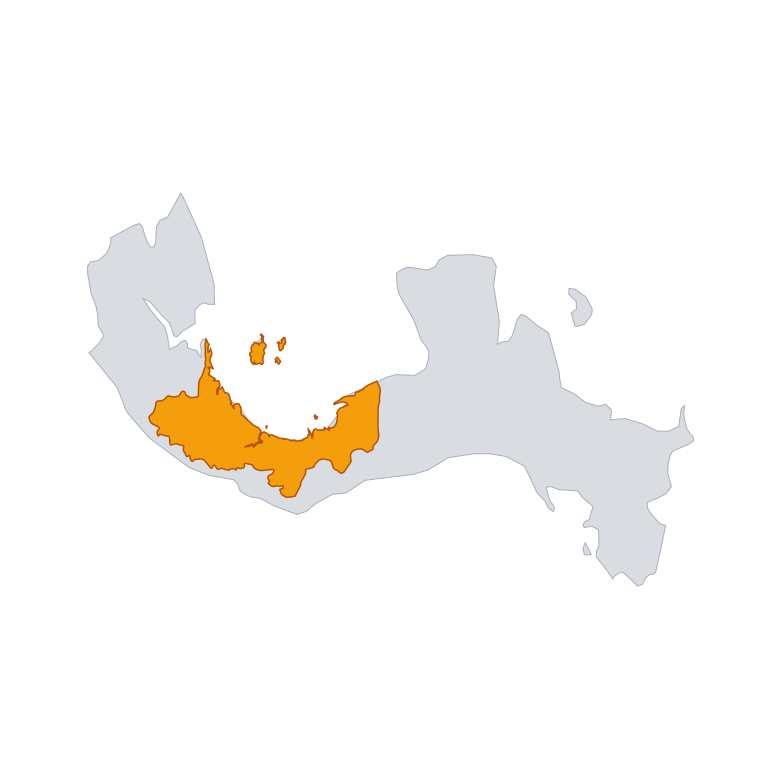 where Panama sits in Panama, rotated 192°
{"feature_id": "PAN-1340", "entity_name": "Panama", "entity_type": "Province", "adm_level": 1, "iso_a3": "PAN", "parent_name": "Panama", "parent_adm1": "", "projection": "robinson", "projection_center": [-79.066, 8.844], "detail": "fine", "context": "in_parent", "style": "filled", "palette": "amber", "viewbox_px": 768, "rotation_deg": 192, "n_neighbors": 0, "source": "natural_earth", "source_scale": "10m", "svg_char_len": 9167}
<svg xmlns="http://www.w3.org/2000/svg" viewBox="0 0 768 768"><g transform="rotate(192 384 384)"><path d="M679.2,353.4L677.2,355.1L671.2,364.8L668.0,373.0L675.7,381.8L678.0,391.0L682.3,401.1L689.1,411.2L696.7,430.0L698.5,437.5L696.4,442.4L689.1,445.4L682.4,454.1L680.5,464.9L681.8,470.2L661.6,487.3L656.4,490.1L653.0,487.5L648.6,478.9L643.5,471.9L640.7,469.5L639.1,469.4L637.5,471.0L636.7,474.8L639.4,490.8L637.2,497.4L630.3,502.4L622.5,528.5L619.4,525.2L593.4,490.0L571.0,446.4L566.3,426.6L572.1,425.5L577.7,425.9L580.8,422.9L584.3,417.1L581.4,403.8L592.3,393.6L596.4,386.8L599.5,387.6L606.6,399.2L617.0,405.9L629.7,415.6L637.6,417.8L627.6,407.6L610.4,394.2L605.6,385.5L601.0,373.2L594.3,378.5L591.2,383.0L587.7,385.5L584.6,382.5L584.1,378.5L574.0,377.7L571.4,374.2L568.7,372.2L569.9,379.8L571.9,384.5L570.8,390.2L567.5,390.6L564.7,384.7L561.1,379.4L556.3,357.1L544.8,346.7L539.5,343.2L535.1,341.9L528.7,334.7L520.2,330.9L508.7,319.8L494.6,311.9L477.3,309.1L456.3,310.8L449.2,315.2L444.4,320.8L442.2,323.4L429.8,329.8L425.0,339.1L422.1,346.9L415.9,355.8L423.0,361.1L382.5,391.3L374.4,395.6L356.2,398.7L352.1,402.0L346.5,407.9L345.8,417.0L346.6,424.7L351.9,430.6L356.6,434.4L367.8,452.3L387.9,474.9L391.7,483.1L394.8,495.4L388.7,501.1L384.0,503.5L365.0,504.5L358.4,509.4L355.7,516.9L348.6,523.0L324.0,529.0L304.7,529.7L298.7,522.7L297.3,503.0L284.3,469.5L281.2,446.4L278.0,449.3L271.1,452.0L268.7,457.7L267.0,474.7L264.4,480.6L259.1,480.0L248.2,473.9L233.7,468.3L215.2,432.2L213.2,425.4L209.6,417.3L195.3,413.8L183.2,407.8L169.8,406.8L163.0,410.2L156.1,405.9L154.9,396.0L140.9,400.4L123.0,398.9L107.0,394.7L96.0,396.9L86.9,403.9L88.1,421.9L85.4,425.5L85.0,418.1L81.8,409.7L78.0,402.6L69.9,395.4L69.5,392.7L72.7,389.0L87.4,378.5L89.2,374.1L89.5,365.0L88.1,356.3L81.5,343.4L85.3,335.4L92.9,329.0L100.6,324.0L101.9,321.9L100.5,317.5L96.0,312.8L85.4,304.7L79.1,304.2L78.9,281.1L79.2,256.5L80.8,254.1L84.7,252.6L87.8,248.9L89.6,241.6L94.2,239.1L102.6,244.7L111.1,249.6L114.7,248.0L117.3,245.6L119.2,243.2L119.8,240.9L126.6,247.5L140.6,259.1L141.4,264.8L140.0,270.3L143.9,285.9L151.1,288.2L158.4,285.2L160.2,288.1L158.8,291.0L155.1,294.2L154.1,307.7L166.1,314.0L172.0,319.6L191.8,317.0L199.1,318.4L204.1,316.8L198.6,306.0L191.2,298.0L191.8,294.4L197.5,297.0L201.7,302.5L211.5,309.3L229.4,332.8L250.0,338.5L266.3,337.7L281.4,334.5L305.6,325.4L323.1,308.9L337.1,301.5L382.4,285.9L398.5,269.5L405.2,267.3L411.7,265.3L425.9,252.8L433.6,243.2L441.7,238.3L465.6,241.8L481.1,246.4L491.8,245.8L502.1,249.0L506.6,256.1L511.2,259.1L536.5,258.3L557.3,261.8L602.8,282.6L629.9,303.2L644.3,325.1L679.2,353.4ZM222.9,515.9L217.0,516.5L204.9,511.3L196.1,501.1L195.4,497.8L195.6,494.4L200.4,484.1L206.9,480.5L209.4,480.5L215.6,492.5L211.4,497.1L213.1,504.6L221.8,510.1L222.9,515.9ZM514.8,400.5L512.7,405.7L507.7,394.1L508.5,391.2L508.1,380.7L512.9,378.0L516.5,377.7L519.4,379.2L521.2,391.5L519.7,397.1L514.8,400.5ZM155.3,264.9L154.2,270.6L145.8,260.3L150.8,258.7L152.6,258.9L155.3,264.9ZM496.8,403.0L492.0,408.4L490.1,403.3L493.5,397.9L494.7,397.9L496.8,403.0Z" fill="#d9dde1" stroke="#a8b0b8" stroke-width="1"/><path d="M567.5,390.9L566.9,390.5L564.4,387.0L563.2,386.2L563.8,384.7L563.7,382.5L563.2,380.3L562.5,378.7L561.2,380.2L560.9,382.1L560.4,380.9L559.3,379.2L558.8,377.8L558.7,376.1L559.5,372.0L558.8,369.8L554.4,363.5L556.0,363.6L558.2,364.2L559.5,363.5L557.8,362.0L557.2,360.7L557.3,356.4L550.6,354.3L551.4,351.9L550.7,351.8L549.9,352.7L549.0,352.0L546.6,352.7L545.7,352.0L545.0,350.6L544.0,347.6L545.5,346.2L546.1,344.0L546.0,341.5L545.5,339.2L544.7,339.2L544.5,341.2L544.9,343.7L544.9,345.5L543.3,345.1L541.5,347.4L538.1,342.5L535.2,342.5L533.1,341.1L530.9,335.9L529.2,334.2L529.2,333.3L530.0,333.3L530.0,332.5L528.4,332.0L525.5,328.3L526.3,330.4L526.5,332.0L525.8,333.2L524.1,334.2L522.4,334.5L521.3,334.0L519.2,331.2L518.5,329.3L517.5,324.9L503.3,316.5L497.7,315.1L494.9,312.9L494.5,312.3L494.3,311.1L495.1,309.7L495.3,308.5L495.2,303.9L494.3,302.5L492.3,302.3L492.3,301.4L494.6,301.2L496.3,300.1L497.6,298.4L498.2,296.4L498.9,296.4L499.8,298.0L500.9,298.0L502.6,296.4L505.8,294.9L506.3,293.8L505.6,294.2L503.3,294.6L500.8,297.3L499.9,296.9L499.3,295.5L498.2,295.5L497.6,296.2L496.2,298.4L494.4,300.3L491.6,300.8L491.0,301.4L490.9,302.3L491.5,303.1L492.9,303.6L494.2,304.7L494.5,307.3L494.0,308.8L492.9,310.8L491.4,312.3L486.4,310.7L485.7,309.1L485.2,308.8L484.9,310.3L483.1,310.9L474.4,309.2L470.9,309.8L470.9,309.0L468.3,309.9L462.2,309.3L459.7,310.7L458.8,309.8L457.8,309.9L451.9,311.8L451.6,312.9L450.9,313.6L447.9,315.7L447.6,318.6L446.4,319.0L448.3,322.6L448.7,324.1L447.3,322.9L445.5,321.0L444.1,318.7L443.5,316.5L442.8,316.5L443.5,318.3L443.5,319.0L442.8,319.0L443.6,322.1L443.1,324.7L441.5,326.0L439.1,325.0L434.1,326.0L432.6,326.9L433.2,328.3L433.2,329.1L430.5,327.8L429.4,328.3L429.0,327.7L428.0,327.5L428.0,328.3L428.7,330.0L426.9,329.6L425.1,330.7L423.7,332.4L422.8,334.2L422.3,336.5L422.8,343.8L423.0,344.5L424.3,345.5L422.9,349.6L421.3,351.8L419.9,352.5L418.6,352.8L418.6,353.8L418.4,354.3L416.5,354.9L414.8,355.9L416.1,357.4L419.8,358.3L423.3,356.8L427.8,354.2L428.2,353.6L428.7,353.6L428.7,354.6L428.3,355.5L424.7,358.7L420.4,363.1L414.8,365.3L410.7,366.4L409.9,367.6L410.1,368.9L409.9,369.9L409.5,370.3L407.3,371.1L404.9,373.4L403.9,373.7L403.4,374.2L402.3,376.5L399.2,379.7L391.6,385.3L387.2,379.5L386.1,376.4L385.7,369.6L384.7,366.6L384.9,361.6L384.5,357.4L383.9,355.3L381.2,341.6L378.4,332.3L378.3,329.4L378.6,327.2L379.3,325.2L381.7,321.1L381.2,317.8L386.1,313.6L390.7,315.5L393.7,315.7L397.6,314.3L400.8,311.9L402.0,308.7L401.9,306.8L400.1,301.3L404.6,290.1L406.2,288.2L408.0,287.8L411.4,289.6L414.4,290.3L415.6,291.0L416.7,292.2L418.8,296.1L420.0,297.6L422.3,298.2L427.9,298.1L429.7,297.4L431.7,295.9L434.7,291.7L435.4,288.3L436.8,287.2L438.7,286.2L442.0,284.8L442.6,284.1L442.7,283.3L442.2,281.1L442.4,279.3L443.0,276.7L444.9,270.7L444.9,269.4L444.6,268.9L444.5,268.0L444.8,266.7L447.6,255.9L451.6,254.1L456.4,252.9L460.8,254.5L461.7,255.3L464.0,259.1L463.8,259.5L461.4,260.8L461.1,261.5L460.9,262.2L461.2,263.1L461.7,263.3L465.2,262.3L468.5,262.1L469.6,261.1L470.7,260.7L472.6,260.7L476.2,262.3L476.7,263.0L475.7,264.9L475.7,265.5L477.1,266.4L477.7,267.0L478.1,267.9L478.1,269.4L477.3,271.0L475.2,272.2L473.8,274.4L473.7,276.5L474.5,277.3L478.1,276.5L485.5,273.9L488.4,273.6L491.4,274.0L493.8,275.1L496.1,277.6L502.7,277.6L503.6,277.2L504.1,276.8L503.3,274.0L503.6,273.3L504.2,272.7L506.8,271.4L508.6,271.4L509.7,271.8L510.4,271.4L510.6,269.4L511.1,269.1L513.0,269.8L514.6,269.8L515.6,269.4L517.7,267.5L521.1,267.3L524.5,267.9L525.9,267.6L527.8,266.2L528.6,266.1L529.9,266.4L531.7,268.6L533.2,269.4L533.9,269.1L534.4,268.2L534.6,266.1L535.2,265.7L536.3,266.1L544.0,272.2L545.9,272.6L547.6,272.5L553.2,271.0L553.8,270.5L554.7,268.9L555.4,268.5L556.4,268.7L557.7,270.2L558.3,271.3L558.8,273.4L559.2,273.8L561.5,272.2L562.3,272.3L563.3,273.3L564.1,275.0L565.9,276.4L566.4,277.4L566.8,278.5L566.7,280.4L567.0,281.2L567.6,281.7L569.1,282.1L572.2,282.0L575.1,282.5L579.8,280.0L580.5,280.2L581.0,281.1L582.5,286.5L583.1,287.6L584.0,288.2L586.4,287.9L592.4,288.3L592.9,288.0L593.4,286.8L593.8,286.4L594.6,286.7L595.4,287.8L596.0,290.4L595.5,291.8L594.3,293.8L594.6,294.4L595.3,295.0L602.7,297.0L603.9,297.8L604.7,298.4L607.1,302.6L606.5,304.1L604.3,307.3L603.6,309.2L603.1,311.4L602.8,314.4L603.2,318.5L602.6,319.6L601.5,320.4L598.8,321.1L596.9,322.1L595.1,323.9L593.7,326.6L592.8,327.3L591.7,327.6L587.8,327.5L585.5,328.0L582.4,329.6L581.4,330.9L580.9,333.1L580.4,334.1L579.4,335.0L578.4,335.3L577.0,334.6L575.9,332.7L575.2,332.0L572.6,331.0L570.8,330.6L569.3,330.5L564.4,332.4L563.1,333.7L565.0,343.6L565.5,348.0L565.2,349.9L563.7,354.0L562.3,365.4L563.0,366.3L563.4,367.2L563.3,368.7L563.7,371.8L565.1,375.6L565.4,378.3L567.2,385.4L567.5,390.9ZM515.5,378.0L515.3,376.6L515.7,376.0L518.0,377.5L518.7,378.5L519.5,381.3L519.6,383.5L520.9,383.7L521.6,385.3L521.4,386.7L520.5,387.4L520.3,388.9L521.7,392.1L520.8,394.8L519.8,395.8L519.8,396.9L519.2,397.9L517.9,397.8L517.3,397.2L515.1,397.7L514.5,396.3L512.5,399.5L512.5,400.5L512.2,401.6L513.3,403.0L513.5,405.4L514.1,406.0L514.9,406.1L514.9,406.6L514.2,407.2L511.6,405.2L511.8,403.5L511.0,400.6L510.3,399.5L507.7,398.0L507.1,396.7L507.6,394.8L508.4,393.8L508.8,391.7L507.4,389.7L507.1,388.8L508.0,387.1L508.1,386.3L507.6,384.1L507.7,382.9L506.6,379.7L507.0,377.9L508.4,377.9L509.4,378.6L513.7,376.5L514.7,377.5L515.2,378.7L515.5,378.0ZM493.1,395.2L494.4,397.9L494.9,400.5L495.7,401.5L496.8,402.2L496.3,402.6L495.2,402.9L494.0,402.3L492.7,403.1L492.6,404.2L493.3,404.9L493.3,405.9L492.6,406.1L492.2,406.7L492.1,408.3L490.6,408.5L488.8,404.2L489.1,402.6L489.8,402.7L490.3,400.1L489.9,398.9L490.5,397.0L491.8,395.2L493.1,395.2ZM494.8,387.2L493.9,387.9L489.8,384.5L491.1,381.5L492.6,382.8L493.7,384.3L494.2,383.8L494.4,382.7L495.0,383.1L494.6,384.7L495.4,385.3L494.8,387.2ZM442.4,336.3L443.1,335.5L444.2,335.7L444.2,336.0L444.0,336.3L444.3,337.1L445.5,337.7L445.3,339.1L444.8,339.3L444.0,338.2L443.2,338.4L442.5,338.2L442.2,337.4L442.4,336.3ZM489.6,316.9L489.8,316.5L490.0,317.1L490.6,317.5L490.2,317.9L490.2,318.5L489.6,318.4L489.9,317.9L489.6,316.9Z" fill="#f59e0b" stroke="#b45309" stroke-width="1.5"/></g></svg>